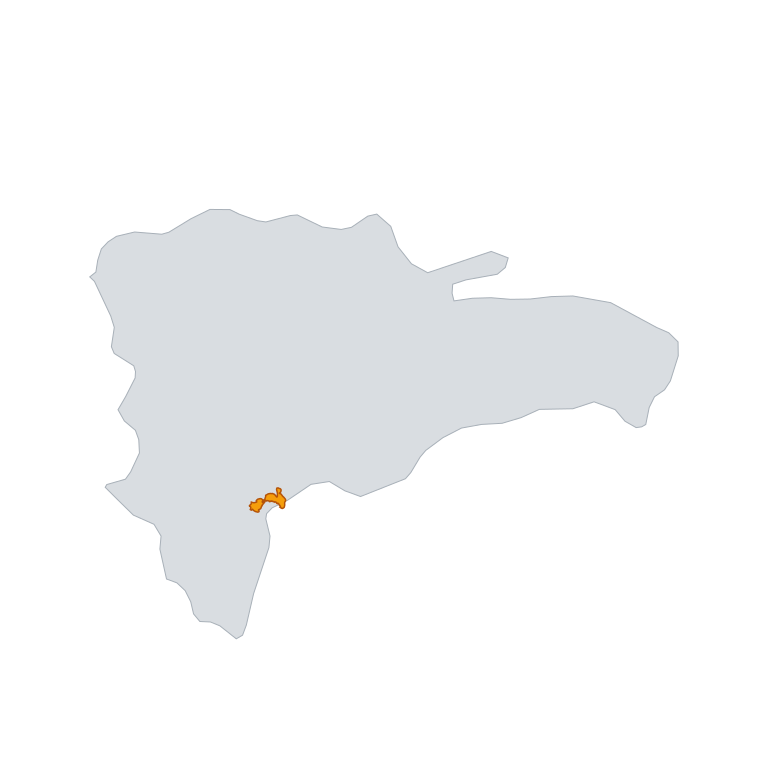 Jaquimeyes, Barahona, Dominican Republic (highlighted), rotated 346°
{"feature_id": "3306468B18666570412255", "entity_name": "Jaquimeyes", "entity_type": "district", "adm_level": 2, "iso_a3": "DOM", "parent_name": "Dominican Republic", "parent_adm1": "Barahona", "projection": "robinson", "projection_center": [-71.041, 18.313], "detail": "fine", "context": "in_parent", "style": "filled", "palette": "amber", "viewbox_px": 768, "rotation_deg": 346, "n_neighbors": 0, "source": "geoboundaries", "source_scale": "gbopen_adm2", "svg_char_len": 5270}
<svg xmlns="http://www.w3.org/2000/svg" viewBox="0 0 768 768"><g transform="rotate(346 384 384)"><path d="M125.8,520.6L126.6,490.0L130.9,477.6L126.9,464.5L109.1,450.6L98.1,432.7L88.5,416.8L90.7,414.5L110.1,413.8L116.9,408.0L130.0,391.8L132.6,378.7L131.6,368.8L123.1,357.0L119.7,344.6L130.3,333.7L144.0,317.9L145.9,311.8L145.6,305.8L129.6,289.1L128.5,281.9L136.0,263.8L135.3,251.9L127.9,214.4L124.4,208.9L131.5,205.7L136.2,194.6L142.4,184.6L150.7,179.3L160.1,176.0L178.8,176.2L204.6,184.9L211.9,184.7L236.8,176.9L257.3,172.5L276.7,177.5L284.6,184.2L300.6,194.9L308.6,198.2L333.9,197.9L340.8,199.0L362.0,216.7L379.9,223.7L390.3,224.1L408.9,217.2L418.1,217.4L428.7,232.7L430.8,254.3L439.7,274.0L453.3,286.6L520.1,281.3L535.0,291.7L529.9,300.3L520.5,304.9L488.7,302.8L474.8,303.8L472.0,312.4L472.0,320.3L490.6,322.2L508.8,326.2L527.4,332.5L546.3,336.9L567.6,339.7L588.6,344.3L623.6,359.9L662.3,395.2L672.7,403.2L679.5,414.3L676.3,427.9L662.6,450.3L654.8,457.5L643.4,461.8L635.6,471.0L628.2,486.6L623.6,487.9L618.1,487.3L608.8,478.4L602.1,464.8L583.5,452.1L561.3,453.7L528.6,446.2L508.8,449.8L489.1,450.7L468.8,446.8L448.5,445.5L428.2,450.3L408.5,458.5L401.3,463.7L388.6,476.4L381.9,481.1L334.0,487.5L320.2,478.2L307.4,465.4L288.9,463.7L262.2,473.5L245.5,477.1L238.7,481.4L236.7,486.2L236.6,504.0L232.8,514.8L206.8,555.8L192.1,584.6L186.0,593.5L179.0,595.5L166.2,578.9L158.0,572.9L147.9,569.9L143.6,561.0L143.8,548.5L141.1,536.4L134.9,526.8L125.8,520.6Z" fill="#d9dde1" stroke="#a8b0b8" stroke-width="1"/><path d="M257.0,460.0L256.3,459.3L256.0,459.2L255.5,459.1L254.9,459.1L254.4,459.9L254.3,460.2L254.2,460.6L254.2,461.4L254.2,463.7L254.1,464.6L253.8,465.4L253.6,466.4L253.3,467.3L253.1,467.5L252.9,467.7L252.6,467.7L252.4,467.5L251.7,465.9L251.1,464.7L250.9,464.4L250.3,464.1L249.7,463.5L249.4,463.3L248.1,463.1L247.5,462.8L247.1,462.7L245.3,462.6L244.5,462.7L244.2,462.8L243.5,463.1L242.7,463.2L242.4,463.3L242.2,463.5L242.1,464.2L241.6,465.2L240.9,466.2L240.6,466.9L240.3,467.2L239.9,467.3L239.0,467.4L238.4,467.2L238.1,466.9L237.7,466.2L237.4,465.8L236.4,465.3L235.8,465.2L234.6,465.2L233.8,465.2L233.5,465.3L232.5,465.8L231.9,466.2L231.8,466.4L231.8,466.6L231.8,466.8L232.0,467.3L231.9,467.7L231.6,467.8L229.7,467.8L228.9,467.7L227.8,467.2L226.7,466.5L226.3,467.7L225.8,468.6L225.6,468.7L224.8,469.0L224.2,469.3L224.0,469.5L224.0,469.8L224.0,470.2L224.2,470.3L224.5,470.5L224.7,470.8L224.8,470.9L224.9,471.4L224.8,471.8L224.3,472.9L223.9,473.5L224.5,474.1L224.8,474.3L225.0,474.3L225.7,473.8L225.9,473.7L226.0,473.8L226.3,474.0L226.5,474.6L227.0,475.3L227.8,476.1L228.3,476.6L230.3,477.7L230.9,477.8L231.5,477.7L231.8,477.6L232.0,477.2L232.0,476.8L231.7,476.1L231.8,475.9L231.9,475.7L232.2,475.6L232.9,475.6L233.7,475.2L234.2,475.1L234.3,475.0L234.3,474.9L234.5,474.7L234.8,474.3L234.8,474.2L235.2,473.7L235.3,473.5L235.5,473.3L235.6,473.2L235.8,473.0L235.8,472.9L236.0,472.8L236.0,472.7L236.4,472.3L236.4,472.2L236.6,472.2L236.8,471.9L237.0,471.7L237.3,471.5L237.4,471.4L237.5,471.3L237.6,471.2L237.8,471.1L237.9,470.9L238.0,470.9L238.2,470.6L238.5,470.6L238.6,470.4L238.8,470.2L239.0,470.2L239.3,469.9L239.5,469.8L239.5,469.7L239.8,469.6L240.0,469.3L240.1,469.0L240.0,468.7L239.9,468.7L239.7,468.6L239.4,468.5L239.2,468.6L239.0,468.8L238.9,468.8L238.7,469.0L238.4,469.1L238.2,469.2L238.2,469.3L237.9,469.4L237.7,469.6L237.4,469.4L237.3,469.0L237.3,468.9L237.5,468.8L237.6,468.7L237.7,468.4L237.9,468.4L238.3,468.3L238.3,468.1L238.5,468.1L238.8,468.0L238.8,467.9L239.1,467.8L239.3,467.8L239.5,468.0L239.8,468.0L239.9,467.9L239.8,467.7L240.0,467.6L240.2,467.8L240.4,467.9L240.4,468.0L240.1,468.1L240.1,468.3L240.4,468.4L240.4,468.5L240.4,468.4L240.4,468.1L240.7,468.1L240.8,468.2L240.8,468.6L241.0,468.8L241.6,468.9L241.9,468.8L242.0,468.9L242.0,469.0L242.5,468.9L242.6,469.0L242.8,469.0L243.1,469.1L243.3,469.2L243.3,469.3L243.7,469.5L243.9,469.6L244.2,469.7L244.3,469.9L244.3,470.0L244.4,470.3L244.4,470.5L244.6,470.7L244.6,470.8L244.6,470.7L244.8,470.4L245.1,470.4L245.1,470.5L245.4,470.5L245.4,470.4L245.5,470.4L245.8,470.2L246.0,470.2L246.3,470.3L246.5,470.4L246.8,470.4L246.8,470.5L247.0,470.7L247.0,470.8L247.4,471.0L247.6,471.0L247.8,471.1L248.0,471.1L248.2,471.4L248.5,471.5L248.9,471.8L249.1,471.8L249.1,472.1L249.6,472.0L249.8,472.1L250.0,472.1L250.3,472.2L250.3,472.4L250.4,472.5L250.5,472.5L250.7,472.8L250.9,473.1L251.0,473.2L251.0,473.6L251.1,473.9L251.2,474.0L251.3,474.0L251.6,474.1L251.7,474.3L251.9,474.2L251.9,474.3L252.0,474.3L252.4,474.4L252.4,474.5L252.6,474.6L252.8,474.8L253.0,475.3L253.1,476.1L253.2,476.5L253.4,476.6L253.4,476.8L253.5,476.8L253.5,477.2L253.5,477.3L253.6,477.5L253.8,477.6L253.7,478.4L253.6,478.5L253.8,478.6L253.8,478.8L253.7,478.8L253.8,478.9L253.9,479.1L254.0,479.2L254.0,479.3L254.2,479.5L254.3,479.6L254.5,479.7L254.6,479.8L254.8,479.9L254.9,480.0L255.0,480.0L255.4,480.2L256.6,479.9L257.4,479.4L257.9,478.5L258.4,477.4L258.6,476.3L258.7,475.8L259.1,474.7L260.0,473.7L260.4,473.2L260.5,472.7L260.5,472.3L260.4,471.8L259.9,470.7L259.3,469.5L258.6,468.5L257.5,465.9L257.1,465.5L256.5,465.2L256.2,464.8L256.2,464.5L256.4,464.4L257.1,464.1L257.5,463.9L257.8,463.5L258.0,463.2L258.4,462.3L258.5,461.8L258.5,461.5L258.4,461.2L258.1,460.7L257.7,460.3L257.0,460.0Z" fill="#f59e0b" stroke="#b45309" stroke-width="1.5"/></g></svg>